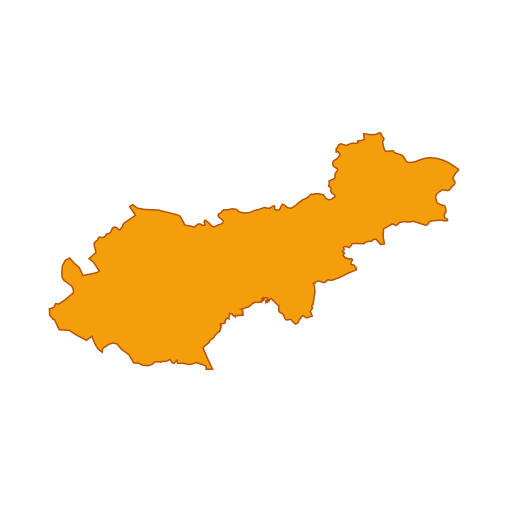 the district of Antananarivo Avaradrano, Analamanga, Madagascar, rotated 262°
{"feature_id": "10022922B99940912082943", "entity_name": "Antananarivo Avaradrano", "entity_type": "district", "adm_level": 2, "iso_a3": "MDG", "parent_name": "Madagascar", "parent_adm1": "Analamanga", "projection": "mercator", "projection_center": [47.627, -18.918], "detail": "fine", "context": "isolated", "style": "filled", "palette": "amber", "viewbox_px": 512, "rotation_deg": 262, "n_neighbors": 0, "source": "geoboundaries", "source_scale": "gbopen_adm2", "svg_char_len": 6123}
<svg xmlns="http://www.w3.org/2000/svg" viewBox="0 0 512 512"><g transform="rotate(262 256 256)"><path d="M183.0,285.8L183.8,287.9L186.8,290.1L190.6,293.9L187.7,297.3L188.7,303.4L193.5,302.1L195.0,303.2L196.5,304.8L198.2,304.3L199.3,304.6L200.3,305.8L212.2,309.4L218.3,309.7L221.0,308.9L221.0,310.9L222.0,311.6L222.6,313.8L222.1,315.5L220.2,319.3L220.4,321.0L221.3,321.8L222.4,324.5L221.7,325.6L221.5,328.8L223.5,337.2L226.3,345.3L228.4,353.5L230.9,353.4L231.9,352.5L233.2,351.8L233.9,350.7L233.9,349.7L234.5,348.9L235.5,349.0L236.8,349.5L238.7,351.1L239.5,350.7L240.3,349.1L240.1,347.4L240.6,346.4L241.4,345.5L241.9,343.7L243.0,343.5L243.5,342.8L244.6,342.4L245.7,342.9L246.0,344.0L246.9,343.8L247.9,342.5L248.9,342.4L249.5,343.7L250.3,344.4L251.9,343.6L252.7,344.2L253.1,345.1L252.5,346.5L252.8,347.6L251.7,348.6L251.3,349.6L253.1,351.7L254.8,352.6L254.5,357.0L253.1,364.4L254.6,367.0L254.8,370.2L254.6,372.6L255.1,373.7L255.6,373.7L256.1,374.4L255.9,377.2L250.1,380.9L250.1,384.9L257.0,384.6L260.8,385.1L262.3,385.7L264.9,385.8L268.7,395.3L268.2,397.0L266.7,398.5L267.2,400.2L269.2,402.9L269.4,407.4L268.5,411.0L268.3,417.0L262.7,428.6L263.8,430.9L266.0,432.6L266.3,435.3L265.8,443.7L264.3,448.7L264.4,450.6L265.7,450.6L267.6,448.3L269.0,447.9L270.5,448.1L271.5,448.7L272.4,449.9L273.4,450.3L276.4,450.5L278.6,450.1L279.9,449.1L280.9,446.5L282.0,444.6L283.6,442.9L285.7,442.3L290.0,442.2L291.6,443.3L293.3,445.0L295.4,449.2L295.5,450.5L294.2,454.2L294.2,456.0L294.9,457.2L297.6,459.9L299.3,462.5L300.3,463.1L301.6,463.3L302.6,463.0L304.8,461.8L306.1,461.8L310.6,465.6L312.8,468.5L313.7,468.6L321.5,459.9L325.1,454.2L327.7,448.0L329.2,441.6L329.3,438.3L328.9,434.2L327.4,427.2L327.1,424.0L327.3,420.6L328.1,418.6L329.2,417.8L333.9,415.9L336.0,413.9L337.9,409.5L339.4,407.3L341.2,406.3L341.5,399.0L342.3,398.7L343.0,398.0L347.6,397.4L351.4,397.3L354.4,399.1L357.3,397.5L358.9,397.2L360.9,396.1L359.7,390.9L360.0,387.2L362.1,379.6L356.4,379.5L355.6,375.9L355.9,372.9L355.1,372.7L354.1,372.9L353.6,371.6L353.8,369.5L354.3,367.6L354.2,365.6L353.0,361.3L353.2,360.0L355.0,356.4L355.3,355.2L354.6,353.5L351.9,351.5L351.2,350.3L349.6,350.2L348.0,349.8L347.7,349.9L347.8,350.6L348.3,351.0L348.0,351.7L344.7,353.3L343.9,352.8L341.6,350.5L340.5,348.8L340.0,347.0L339.4,345.9L338.1,345.1L336.5,344.7L335.6,344.7L333.9,345.4L330.7,349.0L329.5,348.6L326.3,345.7L322.8,345.2L321.6,344.0L320.2,338.8L317.1,338.6L315.6,337.7L314.8,337.6L313.7,339.2L313.0,339.7L310.1,339.2L308.3,339.5L305.8,341.9L305.0,342.5L304.0,342.6L303.2,342.1L303.0,340.5L302.6,340.0L302.2,340.0L301.7,338.7L301.6,336.4L302.0,334.7L304.2,332.7L307.3,331.2L308.0,329.0L308.9,327.3L309.4,323.9L309.3,321.7L308.9,320.7L309.6,319.6L309.3,318.4L307.4,316.2L305.9,313.0L305.2,310.2L303.1,306.0L299.7,300.9L298.4,297.2L299.2,294.6L300.4,293.0L302.5,291.2L303.6,289.6L302.4,288.2L299.7,286.6L298.4,285.0L298.3,283.6L299.6,281.1L300.9,280.9L302.0,281.5L303.2,281.0L303.0,279.4L301.3,276.0L302.3,272.2L302.7,271.8L302.8,270.9L301.6,264.7L301.6,262.4L300.0,256.3L299.9,253.9L300.3,250.2L301.6,246.3L302.9,244.6L304.7,243.5L306.1,239.1L305.7,234.1L306.2,230.3L305.4,228.8L304.0,227.8L302.8,224.8L301.4,224.0L300.0,224.3L295.8,228.2L294.7,228.4L293.4,227.5L292.4,225.6L292.1,223.0L290.6,218.5L291.5,216.8L296.9,212.6L298.6,210.5L296.9,209.2L295.8,209.6L293.7,209.8L293.9,207.0L295.3,205.7L295.8,203.2L293.1,198.6L294.6,195.9L296.0,191.5L296.9,189.6L299.1,189.1L306.1,186.3L308.0,183.2L315.1,165.5L317.7,151.7L320.0,145.1L324.0,141.1L322.6,137.7L313.1,142.3L306.7,129.5L305.3,128.5L303.4,127.8L302.9,126.9L300.9,125.0L301.1,124.0L302.7,122.6L304.1,120.9L304.4,119.4L303.6,117.7L300.3,115.7L299.2,114.4L298.6,113.1L298.7,111.6L298.3,110.8L296.5,109.3L295.9,108.2L295.8,105.7L296.6,103.5L296.1,102.6L293.7,101.2L292.8,99.2L291.0,97.3L287.3,97.4L284.6,97.9L281.4,97.8L280.5,96.1L276.6,90.3L272.2,94.4L262.8,98.7L261.7,96.2L260.7,82.0L269.0,79.4L274.6,74.7L280.1,71.1L279.2,69.4L278.5,66.8L273.0,62.8L267.5,61.6L263.5,61.1L261.8,61.1L260.6,61.4L258.3,62.7L251.9,69.3L248.9,70.3L245.1,70.2L239.3,61.1L236.0,54.2L236.6,50.9L233.3,48.8L232.6,45.4L232.6,44.1L226.2,43.4L221.3,46.4L221.0,47.6L210.4,50.9L208.3,60.8L202.3,67.7L196.6,75.8L196.0,76.3L198.0,79.7L199.3,82.3L191.3,84.3L186.0,86.6L182.1,90.3L185.2,91.1L186.8,92.9L187.2,94.6L188.8,97.1L189.8,102.0L188.2,106.2L182.2,109.9L176.1,116.3L167.1,120.0L166.2,125.0L164.0,127.7L162.3,134.1L163.3,138.3L165.2,141.0L164.7,145.6L164.1,147.1L164.6,148.5L164.2,152.2L165.2,155.3L165.0,156.9L162.4,157.7L161.0,159.6L163.7,163.1L160.6,163.5L160.1,168.2L157.9,174.6L157.8,176.6L158.7,182.1L154.5,190.5L154.0,191.0L153.3,191.2L150.7,190.9L150.2,196.3L149.9,197.2L161.8,193.6L172.7,190.6L177.1,197.9L177.6,197.7L178.0,197.8L179.9,200.7L180.2,201.7L181.6,203.3L183.0,204.2L185.7,207.7L186.0,209.1L186.3,209.1L186.5,209.6L186.9,209.4L188.1,210.6L189.0,211.0L189.5,210.8L190.3,211.4L191.2,211.4L191.5,211.9L192.0,211.8L192.1,211.3L192.8,211.1L193.2,211.8L194.0,211.7L193.6,212.5L193.9,215.9L195.6,216.0L195.5,216.6L197.2,217.0L197.7,217.8L198.5,218.2L198.3,219.3L197.5,220.5L198.3,220.4L202.9,221.8L202.2,222.8L202.2,224.2L201.5,224.7L201.3,224.5L200.1,225.2L199.5,225.9L199.7,226.3L198.6,226.9L200.0,227.6L199.4,228.8L199.6,228.8L199.5,229.2L199.9,230.8L199.4,231.3L199.5,233.8L199.0,234.5L199.1,234.8L199.2,235.1L200.9,234.6L202.1,235.5L203.9,234.7L204.8,234.8L205.4,233.9L205.4,235.9L206.5,238.9L206.3,240.3L206.6,241.5L207.2,242.6L207.7,242.9L207.9,244.0L208.4,244.9L209.6,245.7L209.9,248.0L210.3,248.0L210.5,249.4L209.7,251.2L209.8,254.3L209.4,255.0L210.8,255.0L210.9,257.1L211.3,257.4L211.8,257.4L212.3,256.1L212.9,255.8L213.9,257.8L212.3,258.4L212.5,258.9L213.3,259.5L213.3,260.7L213.1,261.1L212.1,261.7L211.4,260.8L210.3,260.8L210.4,259.4L210.2,259.1L209.9,259.2L209.9,259.5L208.8,259.4L209.3,259.8L208.6,260.4L208.5,260.9L209.5,261.9L211.0,262.3L210.9,262.7L210.1,263.1L210.5,263.5L211.6,264.0L212.0,264.9L211.5,265.3L203.7,271.2L203.4,271.8L198.7,270.8L196.8,271.9L194.9,274.4L193.3,275.2L191.3,275.5L188.9,276.6L188.4,277.5L188.4,281.5L187.5,282.4L185.1,283.7L183.0,285.8Z" fill="#f59e0b" stroke="#b45309" stroke-width="1.5"/></g></svg>